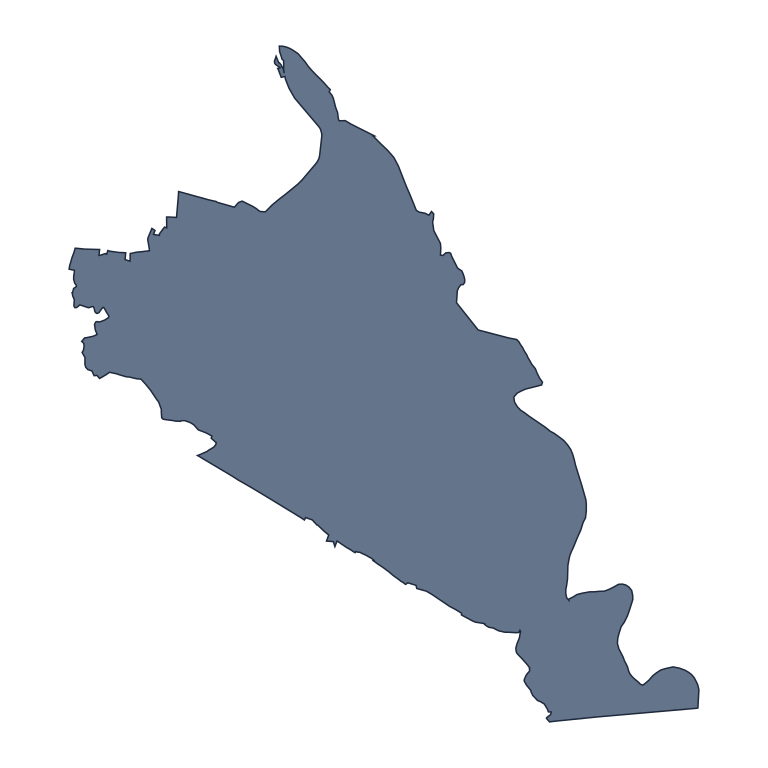 the district of Amatitlán, Veracruz, Mexico
{"feature_id": "50627088B91579254282686", "entity_name": "Amatitlán", "entity_type": "district", "adm_level": 2, "iso_a3": "MEX", "parent_name": "Mexico", "parent_adm1": "Veracruz", "projection": "robinson", "projection_center": [-95.694, 18.438], "detail": "fine", "context": "isolated", "style": "filled", "palette": "slate", "viewbox_px": 768, "rotation_deg": 0, "n_neighbors": 0, "source": "geoboundaries", "source_scale": "gbopen_adm2", "svg_char_len": 6022}
<svg xmlns="http://www.w3.org/2000/svg" viewBox="0 0 768 768"><path d="M69.1,269.2L74.4,270.3L74.1,274.5L73.8,274.8L73.6,279.0L74.5,282.5L75.2,283.9L76.2,284.9L76.3,286.6L73.6,288.5L72.5,292.7L72.1,292.7L72.8,296.2L74.3,299.6L73.9,305.6L74.5,307.3L74.7,307.6L76.6,307.6L79.9,304.9L88.3,307.7L89.6,307.5L92.4,306.5L93.5,306.9L94.3,308.8L94.6,310.7L95.2,312.1L96.4,313.3L97.6,313.3L99.1,312.5L101.0,309.7L102.9,307.4L103.8,307.6L105.6,310.5L106.1,311.6L109.0,316.3L108.8,316.9L108.3,317.6L106.7,318.8L104.6,320.1L99.5,322.0L97.6,321.6L96.8,321.6L95.8,321.9L94.5,324.4L94.6,325.1L95.3,329.9L97.1,334.5L93.0,336.3L86.4,337.7L84.6,337.9L81.7,341.4L83.8,343.4L84.1,346.1L83.4,350.3L82.1,352.4L85.0,357.6L84.9,364.3L85.7,367.2L87.8,369.6L91.9,370.9L94.1,375.7L97.0,375.4L99.6,378.5L106.3,374.6L109.5,372.3L116.5,373.8L118.8,374.6L125.9,376.7L129.7,377.1L136.7,378.8L140.9,379.1L145.2,383.7L150.5,390.2L156.9,399.8L158.7,402.0L160.5,407.2L161.3,409.2L161.3,412.0L161.7,417.8L163.1,419.2L166.0,419.7L173.3,420.6L175.2,421.1L180.6,421.3L181.9,420.6L185.0,420.7L189.7,422.4L191.3,423.2L193.8,424.8L198.3,429.9L205.7,432.7L211.9,436.0L211.2,438.2L216.2,442.7L215.8,444.6L213.7,447.2L209.1,449.9L206.9,451.5L199.4,454.8L197.5,455.5L231.8,475.9L238.5,480.2L251.6,487.7L268.4,497.8L300.8,517.6L304.4,520.0L305.6,517.6L312.2,519.9L313.6,521.3L314.1,522.1L315.4,523.2L316.7,524.9L317.6,525.0L324.3,531.4L328.7,535.0L326.5,541.1L333.3,541.6L334.9,546.6L337.0,541.0L346.6,547.5L350.8,549.9L354.8,552.6L355.3,552.6L355.8,551.5L357.4,552.1L359.9,552.3L362.2,553.5L365.7,555.1L371.2,558.2L373.9,560.2L373.1,560.6L377.5,563.8L382.9,567.4L388.0,571.2L393.7,575.9L399.0,579.7L400.8,581.2L402.7,582.2L403.4,582.8L404.1,583.2L404.8,583.9L405.7,584.4L407.7,582.8L416.0,585.3L416.2,586.3L416.8,588.5L424.9,590.8L425.5,590.8L426.9,591.5L432.2,594.6L449.6,606.4L455.5,609.5L459.9,612.2L461.5,613.2L461.5,615.0L472.4,620.9L475.5,622.2L484.0,623.5L484.8,623.9L484.6,624.5L484.9,624.6L486.7,626.1L489.0,627.3L493.5,628.1L496.5,629.8L499.2,631.0L501.4,631.4L503.1,631.9L505.5,632.3L507.5,632.2L515.8,632.7L518.7,632.5L519.9,630.3L520.7,631.6L520.2,633.1L519.4,637.7L518.8,639.4L517.2,643.2L515.9,647.7L515.9,649.1L516.2,651.5L516.7,653.0L518.7,655.3L522.6,659.3L526.5,663.8L528.1,665.7L529.0,667.1L529.6,667.5L529.6,668.1L529.3,668.8L529.6,669.3L529.6,670.7L528.7,672.2L527.6,673.2L525.8,675.9L524.2,679.8L524.2,681.0L525.4,683.2L526.7,685.4L529.4,688.7L530.2,689.7L530.7,690.5L531.4,692.7L532.1,693.9L532.6,695.3L533.9,696.6L537.5,700.5L541.4,702.1L541.9,702.6L544.2,703.9L547.4,709.1L548.4,711.9L549.7,712.0L551.1,711.9L551.2,713.1L550.4,714.7L546.6,717.7L546.5,718.4L549.5,721.9L555.1,721.2L597.7,716.9L696.5,708.3L697.9,708.0L698.9,689.8L697.7,684.7L696.1,681.3L694.2,677.7L691.7,674.7L688.9,672.5L685.2,670.3L679.6,668.2L673.1,666.9L665.4,668.6L661.0,669.9L656.5,672.8L652.8,675.7L648.9,680.2L646.4,682.4L642.8,685.2L640.1,684.0L638.5,682.2L634.1,678.6L631.5,675.9L629.9,673.8L628.6,670.9L627.4,666.5L624.4,660.6L623.1,657.0L618.9,648.9L617.4,643.4L617.8,638.0L619.2,632.8L621.2,626.6L624.3,622.2L627.3,616.2L629.5,610.1L632.8,599.6L632.7,595.4L631.7,590.5L629.1,587.2L626.0,585.1L622.6,584.1L618.5,584.3L614.9,586.4L611.2,588.3L608.5,589.6L604.2,591.2L599.3,591.3L594.1,591.8L589.8,591.8L582.1,593.2L576.8,594.6L573.4,596.8L569.0,599.0L568.9,600.3L568.4,599.6L567.8,599.1L566.7,597.8L565.8,593.7L565.8,589.5L566.6,585.7L567.2,581.2L567.5,579.3L567.9,565.5L569.4,557.3L570.0,555.1L571.4,551.5L573.2,547.8L577.2,538.0L580.8,530.0L583.1,522.5L585.5,517.9L586.3,511.0L586.3,503.9L585.9,499.8L581.6,484.7L575.4,464.8L574.3,459.8L572.7,454.3L570.8,449.6L567.7,445.0L563.8,440.5L559.5,437.2L554.1,433.3L550.3,431.3L545.4,427.3L529.4,416.4L523.9,412.3L520.6,410.2L517.4,406.8L514.5,402.0L513.8,397.1L517.1,393.2L520.6,391.3L525.5,389.1L541.6,385.0L542.5,382.2L539.7,378.3L537.1,373.1L535.3,368.6L531.7,364.2L529.9,360.8L528.0,357.7L526.6,354.5L524.3,351.0L522.6,347.6L520.3,344.3L519.0,341.9L516.7,339.5L508.9,338.0L478.2,330.0L456.5,302.7L456.9,297.5L457.3,290.9L458.6,287.7L460.9,284.7L463.1,284.6L464.6,282.6L464.8,279.8L464.1,276.7L463.0,273.5L461.7,270.8L459.9,269.7L457.6,268.1L451.6,256.1L450.7,253.3L449.0,252.5L445.7,252.9L443.0,255.5L440.5,255.1L440.8,247.6L440.4,243.3L433.8,230.6L432.6,222.1L433.4,218.7L433.7,213.8L431.5,211.5L428.9,215.2L424.9,213.2L419.1,212.1L416.3,210.3L410.4,195.7L406.2,186.0L398.3,165.8L393.8,157.4L387.7,150.4L381.4,144.4L373.3,136.3L374.6,136.0L350.8,124.0L345.2,120.6L339.2,120.8L338.6,119.5L338.2,117.8L337.9,114.8L337.5,112.2L336.3,109.2L335.4,106.5L334.6,103.2L333.3,98.2L331.9,95.1L329.2,91.9L330.3,89.6L328.0,87.4L324.5,83.4L320.8,79.5L316.2,75.0L311.3,69.9L308.0,66.0L305.0,61.7L301.9,58.2L298.2,53.8L293.4,50.5L290.0,48.5L286.2,47.0L282.6,46.2L279.3,46.1L279.6,51.6L281.2,56.3L282.0,59.2L283.6,60.5L283.7,65.9L283.6,69.4L284.2,73.2L283.6,70.3L283.1,68.6L281.0,64.8L279.4,62.8L278.7,62.7L276.1,56.3L275.5,58.2L274.4,61.2L274.7,63.2L275.5,64.4L276.6,65.2L278.4,66.4L280.2,67.7L279.3,68.2L277.7,68.4L278.4,69.8L281.2,77.3L285.0,76.5L285.2,78.1L285.4,79.0L288.9,88.0L294.7,98.2L318.1,125.8L319.7,127.9L320.5,129.4L320.8,130.3L321.4,132.5L321.7,133.6L321.8,136.0L319.7,155.0L319.1,157.8L318.6,159.3L316.9,162.3L316.4,163.0L302.1,179.9L297.9,184.1L284.6,195.0L279.3,199.0L272.2,204.9L265.3,211.9L259.8,211.4L255.9,208.3L252.0,206.0L242.1,201.1L238.5,202.5L234.4,207.2L217.2,202.3L215.9,201.4L214.3,201.1L209.0,199.9L178.6,191.5L178.3,196.5L176.5,217.4L168.5,217.0L166.6,217.0L166.7,227.8L164.5,227.1L163.3,228.6L159.3,234.1L159.4,235.4L153.5,234.4L155.0,230.5L151.9,228.4L148.0,237.8L147.8,239.0L147.8,240.2L148.9,246.4L149.5,250.6L149.3,250.9L148.8,250.8L141.7,251.7L136.2,252.2L131.7,253.3L130.3,253.4L130.1,254.8L130.2,256.8L130.0,261.2L125.1,259.6L125.7,252.8L123.0,252.6L119.3,252.5L110.0,251.2L107.9,250.5L106.6,254.2L105.2,253.6L100.8,255.1L99.0,255.4L99.6,249.5L84.8,249.1L77.0,248.3L75.2,248.2L73.9,252.6L72.0,257.6L70.9,261.5L69.6,265.8L69.1,269.2Z" fill="#64748b" stroke="#1e293b" stroke-width="1.5"/></svg>